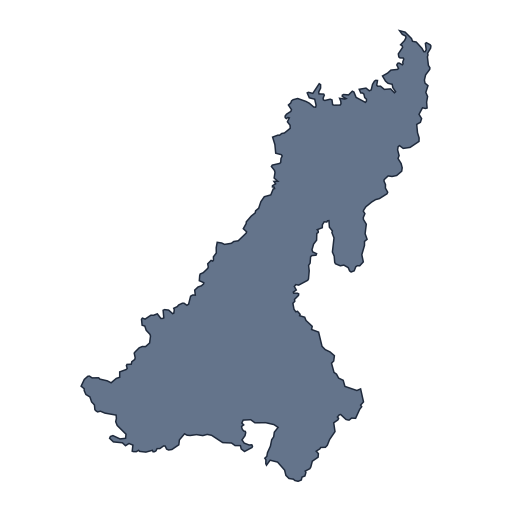 outline of Diamantina, Minas Gerais, Brazil
{"feature_id": "56859067B62875205833655", "entity_name": "Diamantina", "entity_type": "district", "adm_level": 2, "iso_a3": "BRA", "parent_name": "Brazil", "parent_adm1": "Minas Gerais", "projection": "albers", "projection_center": [-43.58, -17.913], "detail": "fine", "context": "isolated", "style": "filled", "palette": "slate", "viewbox_px": 512, "rotation_deg": 0, "n_neighbors": 0, "source": "geoboundaries", "source_scale": "gbopen_adm2", "svg_char_len": 5989}
<svg xmlns="http://www.w3.org/2000/svg" viewBox="0 0 512 512"><path d="M81.1,386.2L84.2,388.7L84.2,390.6L85.9,394.5L89.9,396.9L91.6,401.9L94.4,404.9L94.9,409.7L96.0,410.9L97.6,411.9L100.4,411.2L104.9,413.1L116.1,415.1L116.4,418.4L115.7,421.7L117.2,425.5L126.0,434.2L125.6,438.3L120.0,438.9L112.9,435.6L110.4,436.5L109.6,438.3L113.4,441.9L122.4,442.8L125.5,445.7L129.0,443.5L132.9,445.1L132.2,451.2L133.3,451.6L136.2,451.7L138.6,450.3L139.6,451.4L145.9,452.1L152.4,450.3L153.1,451.8L154.5,451.7L155.9,450.9L157.1,448.6L159.8,448.6L163.6,445.9L165.2,446.1L166.6,449.1L168.6,450.0L171.9,449.5L178.8,444.8L179.4,439.9L184.5,433.8L187.0,435.2L190.1,435.5L196.5,434.6L202.8,435.6L207.2,434.4L211.6,435.3L222.7,442.6L231.5,443.0L235.1,445.6L240.4,445.6L241.2,448.9L244.5,451.5L252.0,447.5L252.5,446.3L251.8,444.8L249.1,445.0L244.2,443.1L242.0,439.9L245.0,435.7L245.7,432.7L245.3,431.4L243.7,431.0L242.3,429.3L241.8,427.8L241.6,426.4L243.7,424.9L241.8,423.0L243.2,420.1L250.7,419.7L254.9,422.8L265.8,422.7L274.0,424.6L278.1,427.4L274.3,432.2L273.7,436.8L271.7,439.7L270.4,446.2L267.5,452.6L266.8,456.4L264.8,458.2L265.9,459.8L265.8,463.7L266.5,465.2L270.1,460.2L277.6,462.1L284.6,470.1L285.9,475.4L289.0,478.5L293.4,479.2L294.8,480.5L298.1,481.3L301.3,480.0L302.0,477.1L304.9,476.0L305.9,472.5L305.2,471.1L309.8,468.7L310.8,467.0L312.3,461.2L318.1,457.2L318.4,453.6L316.2,451.2L319.8,448.9L320.7,447.5L325.4,447.3L327.3,445.3L329.6,439.5L335.0,431.6L333.7,422.8L337.9,419.9L338.6,418.3L337.4,417.0L339.3,414.8L340.7,414.5L345.9,419.4L347.7,419.9L349.1,420.1L351.6,418.1L355.6,418.3L359.7,409.3L361.7,406.7L360.6,405.1L363.5,401.9L360.6,388.9L356.9,390.5L344.9,386.4L343.2,380.3L338.6,378.1L336.5,374.1L334.0,372.4L331.5,363.2L333.7,361.0L334.4,355.7L330.0,351.9L325.2,349.6L322.0,346.3L318.6,332.1L311.6,329.5L312.2,326.3L306.0,320.5L304.7,317.2L299.6,315.7L300.1,314.3L297.5,311.3L295.8,311.8L294.0,309.3L292.9,303.3L294.8,301.3L294.5,299.4L298.5,295.4L298.7,293.9L297.4,293.2L293.6,293.2L293.3,292.1L296.3,290.0L294.3,286.5L295.8,284.6L298.7,285.1L307.7,280.3L308.5,278.9L309.2,270.8L308.6,265.4L310.1,263.1L310.6,256.7L311.8,255.6L316.0,255.2L316.6,253.7L312.7,251.9L312.0,249.8L313.6,244.1L316.6,240.2L316.8,233.4L318.2,232.5L318.3,231.1L317.2,229.7L322.3,227.7L322.4,224.7L324.2,221.8L326.8,222.0L327.5,220.8L328.9,220.6L329.4,227.2L332.4,231.0L331.9,232.6L334.0,237.9L332.4,252.0L334.2,256.2L334.7,262.3L335.5,263.8L340.3,265.8L343.8,265.1L348.2,267.6L349.6,270.9L351.1,272.0L354.2,270.8L355.8,266.7L357.4,265.7L359.7,265.8L363.3,261.9L361.8,254.7L364.5,245.4L364.5,241.4L367.1,239.3L365.1,233.7L366.3,224.2L363.4,219.4L363.3,217.5L364.9,213.7L363.3,211.2L363.8,209.9L365.9,206.7L371.7,202.0L375.6,199.6L379.4,198.6L387.0,193.8L387.7,192.2L385.4,188.1L385.5,184.6L384.1,181.4L384.0,180.0L384.8,179.0L388.2,175.9L392.0,176.5L396.7,175.5L401.7,171.2L402.2,167.8L401.1,163.5L398.0,158.5L399.1,155.6L397.6,149.8L398.1,146.7L399.5,145.6L403.2,148.4L410.1,147.4L419.0,141.4L419.1,137.9L417.5,132.7L416.7,124.4L420.4,122.3L421.6,118.6L419.0,114.3L422.5,107.8L425.5,108.5L427.1,108.0L426.6,102.1L427.6,96.5L425.8,92.4L428.0,85.7L425.0,83.1L424.4,80.1L425.6,74.9L429.7,69.4L429.9,67.8L428.4,65.4L427.4,56.8L428.0,55.0L427.6,53.2L430.6,48.2L430.9,45.9L430.1,44.7L426.4,42.7L425.4,43.4L426.2,49.8L425.1,51.7L423.8,51.7L422.0,48.4L417.5,43.4L416.2,42.0L412.5,41.3L411.5,38.5L405.1,32.1L399.6,30.7L402.3,34.4L405.7,36.1L405.9,37.8L404.5,40.6L400.6,44.8L402.2,45.8L402.6,47.4L398.3,53.9L398.8,56.9L400.0,57.9L403.2,58.0L403.8,59.1L402.7,62.2L403.1,63.8L402.3,64.8L399.0,63.0L397.7,63.3L396.8,65.0L398.5,68.4L397.5,69.4L390.9,70.1L387.6,73.1L382.5,76.0L385.5,81.1L388.0,83.3L392.2,84.3L392.8,87.6L395.6,91.7L394.4,92.8L390.6,88.9L384.3,89.4L380.5,86.2L377.6,86.2L376.7,85.2L377.5,80.5L375.8,80.3L374.4,81.2L372.5,84.4L371.2,89.9L369.3,90.8L366.0,88.1L359.2,89.3L360.8,93.0L362.5,93.0L363.9,94.1L364.7,97.6L366.5,99.2L366.4,101.2L365.4,102.4L356.1,97.4L353.9,92.0L352.3,91.2L348.6,94.9L343.6,94.5L342.3,95.2L342.3,96.5L346.1,98.6L344.7,99.1L339.6,98.3L340.8,101.3L341.0,103.8L340.1,105.1L334.0,105.2L332.6,104.6L332.0,99.9L330.2,99.2L324.8,100.5L323.4,99.9L323.1,98.2L324.3,95.2L323.7,94.1L319.0,93.9L318.7,92.0L320.6,88.1L320.6,84.7L319.2,83.7L312.8,93.4L308.4,92.3L307.2,92.9L309.3,97.8L314.7,99.2L316.1,105.4L315.6,107.2L313.7,107.0L309.3,103.2L305.9,101.4L297.7,98.5L293.1,99.7L291.5,100.9L290.8,102.9L288.4,105.0L291.5,109.7L290.8,111.4L286.5,114.2L285.1,116.1L285.2,117.6L286.3,118.6L287.9,117.5L289.3,117.9L287.4,121.8L290.1,125.3L290.2,128.3L284.4,133.0L281.7,133.5L279.5,135.3L278.0,135.1L272.6,137.1L274.9,144.6L275.7,153.2L281.4,154.7L282.2,156.0L281.0,158.5L280.7,162.4L279.7,163.4L272.3,165.1L271.4,166.5L274.5,170.5L275.0,172.6L274.1,178.0L277.8,181.3L273.9,181.4L275.6,183.8L272.5,185.7L272.4,186.9L274.2,187.2L274.6,188.6L273.2,189.0L270.8,194.9L264.3,196.7L260.9,201.6L258.7,208.2L255.6,210.8L255.2,212.9L251.3,216.0L246.3,221.8L246.2,223.5L243.3,228.7L246.6,231.8L246.2,233.1L238.2,240.8L233.7,241.5L231.4,243.3L224.5,244.4L221.7,243.0L217.2,242.3L216.2,247.7L216.3,253.0L213.4,256.8L213.5,260.0L212.7,261.1L211.1,260.4L207.7,263.8L208.3,267.1L207.7,268.4L203.2,272.7L200.2,274.0L199.7,275.5L199.3,280.7L203.8,282.7L203.6,283.9L201.4,285.8L198.0,287.0L194.7,290.1L195.3,295.1L192.7,295.0L190.6,296.2L188.6,304.2L186.9,305.3L184.0,303.2L182.4,303.2L178.6,305.0L177.3,306.6L173.7,308.3L174.3,309.8L173.8,313.1L172.7,313.7L168.6,310.1L164.6,309.6L163.1,310.3L163.8,317.9L162.7,318.4L160.9,318.5L157.3,313.8L153.5,315.3L150.9,315.2L145.1,319.1L142.4,318.1L141.5,319.3L142.1,325.2L144.8,326.1L146.2,330.3L150.0,334.4L150.5,336.1L149.6,343.0L145.5,346.6L142.3,346.5L139.2,347.8L135.2,351.8L134.2,353.1L135.2,357.8L134.7,359.5L131.8,361.7L131.3,364.2L127.0,364.4L126.4,365.6L127.2,368.4L126.2,369.5L119.7,371.9L119.7,377.3L116.3,378.4L111.1,382.8L107.2,380.8L99.8,379.1L98.7,377.8L92.1,377.9L89.4,376.1L87.8,376.3L84.3,379.4L81.1,386.2Z" fill="#64748b" stroke="#1e293b" stroke-width="1.5"/></svg>